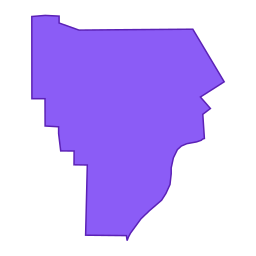 outline of Floyd, Indiana, United States of America
{"feature_id": "52423323B55825448970997", "entity_name": "Floyd", "entity_type": "district", "adm_level": 2, "iso_a3": "USA", "parent_name": "United States of America", "parent_adm1": "Indiana", "projection": "equal_earth", "projection_center": [-85.894, 38.3], "detail": "fine", "context": "isolated", "style": "filled", "palette": "violet", "viewbox_px": 256, "rotation_deg": 0, "n_neighbors": 0, "source": "geoboundaries", "source_scale": "gbopen_adm2", "svg_char_len": 644}
<svg xmlns="http://www.w3.org/2000/svg" viewBox="0 0 256 256"><path d="M59.1,16.1L45.2,15.4L31.8,16.5L31.9,98.7L45.0,98.7L45.1,126.0L58.6,126.8L58.6,133.5L60.7,150.9L74.1,151.0L74.0,164.8L87.3,165.0L85.6,235.2L126.4,235.6L127.1,240.6L128.5,236.9L130.6,233.0L140.9,218.9L145.0,214.9L146.0,214.0L147.0,213.1L149.3,210.8L161.6,200.2L165.7,193.8L165.9,193.5L170.0,184.5L171.2,173.8L171.2,167.9L173.4,157.8L177.4,149.6L181.4,146.0L186.8,143.7L196.6,141.9L201.2,140.3L202.6,139.1L204.4,138.5L202.8,114.3L210.4,108.5L200.4,97.0L224.2,81.8L192.8,29.2L112.2,29.8L79.0,30.1L59.1,23.0L59.1,16.1Z" fill="#8b5cf6" stroke="#5b21b6" stroke-width="1.5"/></svg>